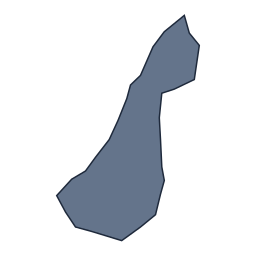 outline of Askas, Nicosia, Cyprus
{"feature_id": "46923920B4634103005126", "entity_name": "Askas", "entity_type": "district", "adm_level": 2, "iso_a3": "CYP", "parent_name": "Cyprus", "parent_adm1": "Nicosia", "projection": "equal_earth", "projection_center": [33.082, 34.945], "detail": "fine", "context": "isolated", "style": "filled", "palette": "slate", "viewbox_px": 256, "rotation_deg": 0, "n_neighbors": 0, "source": "geoboundaries", "source_scale": "gbopen_adm2", "svg_char_len": 461}
<svg xmlns="http://www.w3.org/2000/svg" viewBox="0 0 256 256"><path d="M184.3,15.4L164.3,31.7L153.0,46.8L140.5,75.4L130.5,85.0L126.8,98.6L118.0,120.5L109.2,139.6L95.5,157.3L85.5,171.0L71.7,179.2L56.7,195.6L65.5,212.0L75.5,227.0L90.5,231.1L121.7,240.6L140.5,227.0L155.5,214.7L160.5,194.2L164.3,180.5L161.8,166.9L160.5,139.6L159.3,117.7L161.8,93.2L174.3,89.1L194.3,79.5L199.3,45.4L189.3,33.1L184.3,15.4Z" fill="#64748b" stroke="#1e293b" stroke-width="1.5"/></svg>